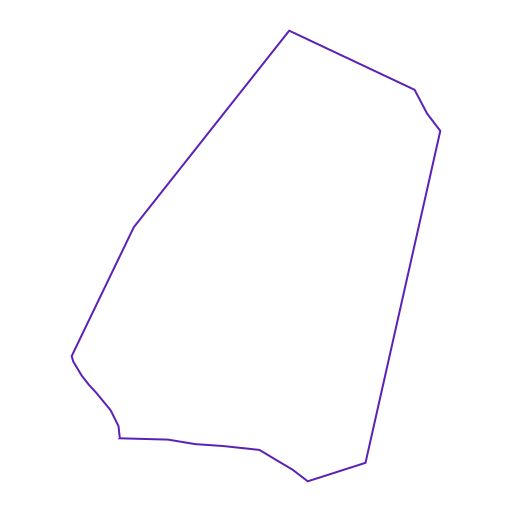 the district of Barh-El-Gazel Nord, Barh El Gazel, Chad
{"feature_id": "50815135B23579173703051", "entity_name": "Barh-El-Gazel Nord", "entity_type": "district", "adm_level": 2, "iso_a3": "TCD", "parent_name": "Chad", "parent_adm1": "Barh El Gazel", "projection": "mercator", "projection_center": [16.657, 14.849], "detail": "fine", "context": "isolated", "style": "outline", "palette": "violet", "viewbox_px": 512, "rotation_deg": 0, "n_neighbors": 0, "source": "geoboundaries", "source_scale": "gbopen_adm2", "svg_char_len": 454}
<svg xmlns="http://www.w3.org/2000/svg" viewBox="0 0 512 512"><path d="M440.3,130.9L427.1,113.6L414.6,89.8L289.2,30.7L133.8,227.2L91.7,314.5L75.0,349.2L71.7,356.1L73.2,361.4L81.8,375.8L88.9,384.8L96.1,392.6L110.1,409.6L110.2,409.9L110.8,410.6L118.5,426.1L119.5,435.6L119.9,437.9L120.0,438.2L119.9,438.3L168.0,439.6L195.0,444.1L222.7,446.0L259.3,449.9L292.7,469.8L307.7,481.3L365.5,462.8L440.3,130.9Z" fill="none" stroke="#5b21b6" stroke-width="2"/></svg>